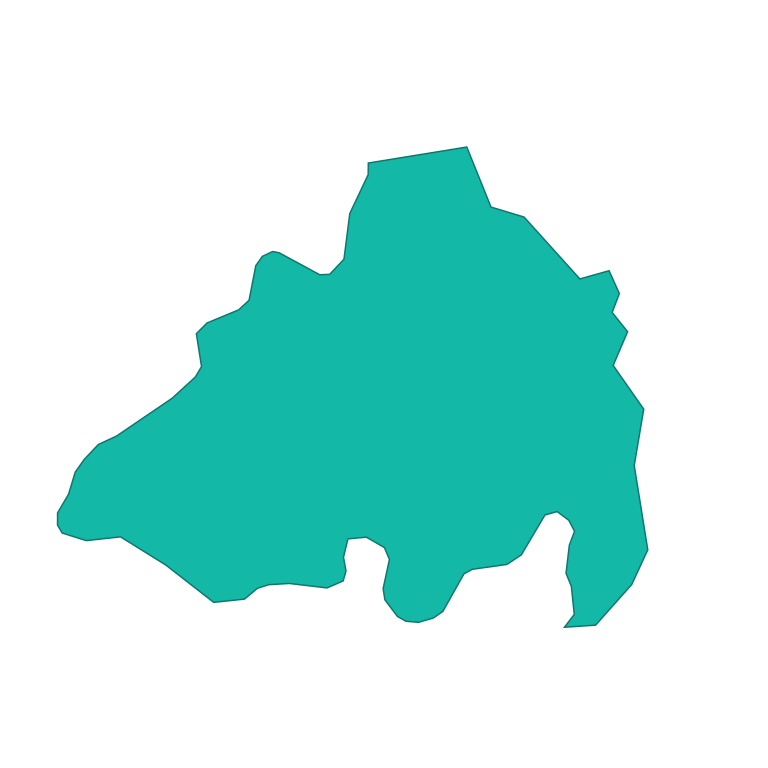 the district of Markhamat, Andijon, Uzbekistan, rotated 102°
{"feature_id": "79887680B89624246820139", "entity_name": "Markhamat", "entity_type": "district", "adm_level": 2, "iso_a3": "UZB", "parent_name": "Uzbekistan", "parent_adm1": "Andijon", "projection": "equal_earth", "projection_center": [72.343, 40.524], "detail": "fine", "context": "isolated", "style": "filled", "palette": "teal", "viewbox_px": 768, "rotation_deg": 102, "n_neighbors": 0, "source": "geoboundaries", "source_scale": "gbopen_adm2", "svg_char_len": 1082}
<svg xmlns="http://www.w3.org/2000/svg" viewBox="0 0 768 768"><g transform="rotate(102 384 384)"><path d="M171.1,445.3L182.5,443.0L224.3,452.9L270.3,449.1L288.0,459.9L290.5,469.6L277.4,514.0L277.6,520.5L284.4,529.5L294.9,534.0L330.1,533.4L341.7,541.6L361.1,569.8L373.8,578.0L404.9,566.1L416.4,570.0L441.9,588.2L490.6,634.9L502.5,650.8L520.2,661.6L534.4,667.7L557.2,669.6L578.0,676.5L589.9,674.0L596.7,667.8L599.1,642.7L588.3,609.9L606.5,559.7L633.0,505.2L623.4,475.7L610.1,465.3L604.3,455.1L598.8,435.2L595.3,397.3L585.1,383.0L574.8,382.3L561.9,387.6L543.0,387.1L537.5,369.4L543.9,349.6L554.5,342.2L584.3,342.3L595.0,338.2L608.6,322.5L611.5,313.2L610.0,300.8L602.5,286.9L594.1,279.1L553.0,266.3L546.8,258.9L534.9,226.2L522.5,214.1L478.6,199.3L472.8,188.1L478.9,174.9L488.4,167.0L503.1,169.2L531.3,166.6L542.9,158.7L569.8,150.0L584.4,156.9L575.9,126.9L528.6,100.0L491.4,91.5L411.7,122.3L354.6,124.7L318.2,163.7L282.2,156.6L266.6,175.7L246.6,172.6L226.4,187.4L240.5,214.3L191.6,281.7L188.7,316.1L135.0,352.3L171.1,445.3Z" fill="#14b8a6" stroke="#0f766e" stroke-width="1.5"/></g></svg>